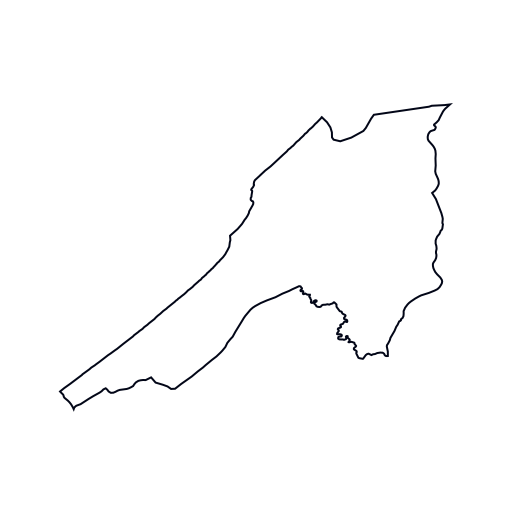 outline of Mueang Narathiwat, Narathiwat, Thailand, rotated 263°
{"feature_id": "78962969B31308774945788", "entity_name": "Mueang Narathiwat", "entity_type": "district", "adm_level": 2, "iso_a3": "THA", "parent_name": "Thailand", "parent_adm1": "Narathiwat", "projection": "natural_earth1", "projection_center": [101.803, 6.43], "detail": "fine", "context": "isolated", "style": "outline", "palette": "ink", "viewbox_px": 512, "rotation_deg": 263, "n_neighbors": 0, "source": "geoboundaries", "source_scale": "gbopen_adm2", "svg_char_len": 6128}
<svg xmlns="http://www.w3.org/2000/svg" viewBox="0 0 512 512"><g transform="rotate(263 256 256)"><path d="M134.4,155.5L134.1,159.5L138.1,166.1L144.2,177.5L148.6,184.3L151.8,189.8L153.9,192.8L158.3,199.7L161.1,204.5L164.6,209.2L166.1,211.0L169.4,214.5L173.3,217.0L176.7,220.6L178.7,223.0L183.3,226.3L193.2,234.2L195.9,236.3L197.9,238.1L203.4,244.0L205.1,246.5L206.4,249.1L208.7,254.9L210.6,261.4L212.7,270.3L215.4,277.6L217.3,284.6L218.6,288.1L219.7,291.7L220.8,295.1L220.4,296.5L219.2,297.1L218.4,297.7L217.9,297.6L217.5,297.3L216.9,296.2L216.2,295.9L215.7,296.1L215.4,296.6L215.4,297.2L215.6,298.0L215.3,298.5L214.2,298.6L213.2,298.0L212.6,298.1L212.4,298.4L212.3,298.7L212.7,300.4L211.4,302.2L211.0,304.8L210.7,304.8L209.2,303.9L208.8,304.1L207.7,304.8L207.2,304.7L205.6,305.4L204.9,305.4L203.7,304.9L203.2,304.9L202.9,305.1L202.6,305.7L202.6,306.2L202.9,306.9L204.2,308.0L204.8,309.3L204.8,310.0L204.3,310.7L204.0,310.7L203.5,310.5L203.2,309.8L202.7,308.4L202.4,308.0L202.1,307.9L201.5,308.1L200.3,309.2L198.7,309.9L198.1,310.9L197.8,312.0L197.6,313.2L197.9,314.2L198.3,314.7L198.9,315.1L199.4,316.6L199.2,318.9L199.4,321.0L198.8,322.8L199.2,324.1L199.6,326.3L200.5,327.4L200.4,328.1L198.2,329.9L197.7,330.0L196.6,329.7L195.4,329.9L191.1,332.4L190.8,332.9L190.4,334.0L189.8,334.4L189.2,334.4L188.4,334.8L187.9,335.3L186.6,337.3L186.3,337.5L185.8,337.6L185.4,337.4L183.8,335.8L183.0,335.8L182.6,336.0L181.6,338.2L181.1,338.6L180.1,338.7L179.5,338.4L179.5,337.8L180.0,336.8L180.1,336.2L180.0,335.8L179.7,335.3L178.1,334.0L177.6,331.7L177.3,331.3L176.5,331.1L175.9,331.7L175.3,331.7L175.0,331.6L174.6,330.8L174.3,329.3L174.1,328.7L173.7,328.4L173.1,328.3L172.3,329.0L171.6,329.1L171.3,328.9L169.7,327.3L169.3,327.1L168.6,327.0L168.4,327.3L168.3,327.8L168.2,329.5L168.0,330.2L167.6,331.1L167.0,331.5L166.4,331.4L165.8,330.9L165.8,328.9L165.6,328.0L164.9,327.6L164.0,327.5L163.7,327.7L163.1,328.6L162.8,330.2L162.6,332.1L162.1,333.0L162.1,333.5L162.5,335.1L162.9,335.4L163.8,335.6L164.9,335.4L165.2,335.6L165.5,336.1L165.4,336.9L165.2,337.2L164.9,337.2L164.2,337.0L163.6,337.1L161.9,338.6L161.3,338.8L160.5,338.5L159.6,337.5L159.2,337.4L159.0,337.9L159.2,339.5L159.2,340.1L159.0,340.7L158.0,342.9L157.7,343.1L156.7,343.1L154.8,344.3L154.5,344.4L154.0,344.1L152.8,342.2L152.4,341.9L151.5,341.8L151.2,342.0L149.5,344.1L148.5,344.3L147.6,343.7L146.9,343.7L142.6,345.2L142.4,345.4L142.0,346.1L141.1,348.9L140.9,349.5L141.1,349.9L144.3,352.9L145.1,354.3L145.3,355.5L145.3,355.9L143.6,358.5L144.2,360.3L144.2,362.2L144.9,364.5L145.0,367.8L144.7,369.0L144.6,369.8L144.3,370.3L143.3,371.3L141.9,371.7L141.1,372.4L140.7,373.7L140.7,374.7L145.1,375.2L150.2,374.8L151.5,375.1L153.0,376.4L156.0,378.5L158.4,379.5L164.7,384.3L168.7,386.6L170.5,388.2L173.6,390.1L174.1,391.5L174.7,392.1L175.4,392.1L175.9,392.7L176.6,393.9L178.3,395.0L180.5,395.5L183.3,395.8L186.5,397.7L189.4,400.5L190.7,402.1L192.0,404.2L194.4,408.9L196.0,412.8L196.8,415.1L198.3,423.1L199.9,429.1L201.0,432.1L202.7,434.4L204.9,436.2L206.2,437.1L208.1,437.7L209.7,437.5L212.2,436.3L215.8,433.5L218.2,432.0L220.3,431.2L222.3,430.6L224.5,430.4L226.5,430.6L227.8,431.3L230.0,433.3L232.0,434.5L234.1,435.1L235.7,435.2L237.0,435.0L238.5,435.2L241.0,436.1L242.6,436.2L244.1,436.2L246.4,435.8L249.5,436.2L251.0,436.9L253.2,438.2L255.5,440.7L257.0,441.6L258.6,442.4L259.5,443.7L260.6,444.3L264.7,445.4L266.0,445.0L270.1,445.9L272.0,445.8L276.0,445.2L290.6,441.5L297.1,438.5L299.2,441.8L300.9,443.4L303.5,445.3L305.4,446.2L307.5,446.4L309.0,446.3L310.6,446.0L315.7,444.4L318.2,444.2L323.9,445.4L330.9,446.0L335.2,446.8L338.6,446.9L340.7,446.5L342.9,445.6L344.3,444.8L349.4,441.3L351.0,440.8L353.2,440.9L355.1,441.5L356.3,442.1L357.8,443.4L358.6,444.5L358.9,445.7L359.4,448.5L360.1,449.2L361.4,450.0L362.0,450.1L362.6,449.9L364.0,448.7L364.5,448.7L364.8,448.8L366.5,451.4L368.5,453.8L371.1,455.4L376.6,459.2L377.8,460.3L379.1,461.7L382.8,467.0L382.8,461.5L383.7,448.8L383.1,445.9L381.8,390.2L378.3,387.0L369.7,380.6L367.0,377.8L361.9,365.0L359.6,353.6L362.0,347.2L364.4,345.9L369.5,346.4L374.6,345.5L380.1,342.8L385.8,338.2L385.5,337.8L385.0,337.5L381.1,332.7L379.9,330.9L377.5,328.2L375.9,325.9L375.7,325.3L375.2,324.8L374.4,323.6L372.8,322.0L371.7,320.4L371.4,319.6L369.5,317.6L367.0,314.1L366.1,313.2L364.1,309.9L361.0,306.4L360.1,304.8L358.9,303.2L357.6,300.9L356.1,299.4L353.1,295.1L345.4,284.5L343.1,281.3L339.7,275.6L331.4,264.2L330.2,263.3L328.7,262.8L327.6,262.5L327.3,262.7L326.6,262.7L324.8,261.5L323.1,259.7L322.3,259.3L322.0,259.4L321.2,260.1L320.6,260.1L316.9,259.0L315.3,258.7L314.3,257.9L312.9,257.6L312.3,257.7L311.1,258.6L310.7,259.5L309.7,259.9L308.0,259.6L306.7,258.8L301.2,254.7L299.4,254.1L297.1,252.6L294.8,250.7L293.3,249.1L289.6,246.1L285.0,241.0L279.3,232.7L274.9,232.5L272.8,231.7L268.5,230.6L264.9,228.2L263.9,227.4L261.5,225.7L258.8,223.1L255.9,219.4L255.4,219.1L255.0,218.6L253.7,216.5L253.2,216.2L252.5,215.2L252.0,214.8L250.1,212.5L249.3,211.7L248.2,209.9L247.2,208.9L246.9,208.2L245.9,207.0L245.0,205.5L243.3,203.8L243.0,203.1L242.2,202.1L240.8,199.8L239.3,198.4L238.4,196.6L237.6,195.6L234.5,191.0L233.1,189.4L231.0,186.0L230.2,184.4L228.4,182.2L226.9,180.1L225.2,177.2L224.9,176.8L224.5,176.0L224.2,175.7L223.1,173.6L222.3,172.7L221.4,171.0L220.5,169.9L215.5,161.8L214.7,160.8L212.7,157.2L210.3,153.9L208.7,151.2L207.2,149.1L205.8,147.5L202.2,141.5L201.0,139.9L199.0,136.3L197.5,134.5L195.5,130.7L195.1,130.3L192.1,125.1L191.3,124.3L185.0,113.6L180.7,106.7L179.8,104.9L176.9,99.7L175.6,97.1L170.0,87.7L167.9,83.9L167.2,82.8L165.3,78.9L163.9,76.9L161.4,72.4L159.7,69.3L159.1,68.7L151.6,55.7L148.3,49.6L145.4,45.0L144.4,45.7L141.9,47.7L141.3,47.9L139.7,48.1L138.6,48.6L135.3,51.7L133.6,53.0L131.3,54.4L128.1,55.8L126.2,56.4L127.6,57.1L128.7,58.4L129.3,59.5L130.3,63.8L134.5,72.4L136.7,77.3L139.5,84.2L140.6,86.3L142.2,88.3L143.0,90.7L141.4,92.1L139.5,93.2L137.9,95.2L137.7,97.7L138.3,99.9L139.2,102.2L139.7,104.4L139.8,111.6L140.2,113.7L140.9,115.8L141.9,118.2L143.7,119.7L145.2,121.4L146.4,124.0L146.7,126.2L146.7,128.7L146.3,131.4L148.3,137.1L142.6,140.9L139.6,147.8L137.3,152.3L134.4,155.5Z" fill="none" stroke="#020617" stroke-width="2"/></g></svg>